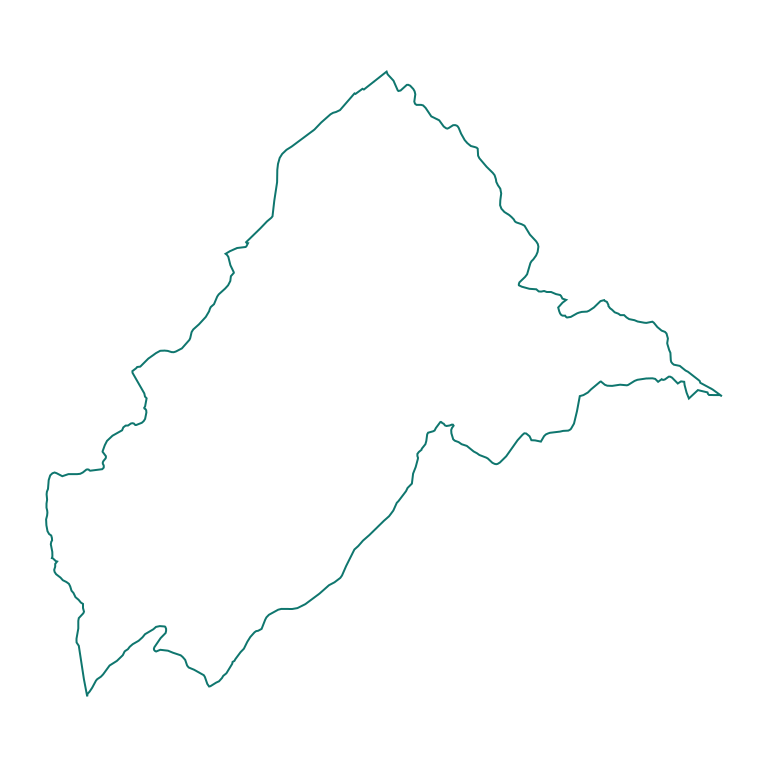 Cucunubá, Cundinamarca, Colombia
{"feature_id": "7082276B75127006220699", "entity_name": "Cucunubá", "entity_type": "district", "adm_level": 2, "iso_a3": "COL", "parent_name": "Colombia", "parent_adm1": "Cundinamarca", "projection": "robinson", "projection_center": [-73.78, 5.231], "detail": "fine", "context": "isolated", "style": "outline", "palette": "teal", "viewbox_px": 768, "rotation_deg": 0, "n_neighbors": 0, "source": "geoboundaries", "source_scale": "gbopen_adm2", "svg_char_len": 6038}
<svg xmlns="http://www.w3.org/2000/svg" viewBox="0 0 768 768"><path d="M386.6,71.6L363.9,89.5L362.5,88.8L355.5,93.9L354.5,93.4L340.0,110.1L336.0,112.0L333.1,112.8L330.5,114.3L321.2,122.5L314.4,129.6L291.6,146.6L286.5,149.8L282.2,153.9L279.7,157.9L278.0,163.9L277.3,169.9L277.1,182.2L274.3,200.6L272.5,216.3L271.3,217.8L267.0,221.4L260.3,228.4L246.1,242.2L246.7,243.0L248.0,243.2L246.4,246.3L245.6,247.0L237.1,248.0L229.9,251.2L225.6,253.8L227.0,254.9L228.3,256.8L230.4,265.2L233.8,272.3L233.8,272.9L230.9,276.2L230.3,281.0L228.1,285.3L225.1,288.6L218.7,294.4L217.2,296.6L214.0,304.2L210.8,307.0L209.9,308.8L209.1,311.3L205.8,316.9L199.0,324.3L193.2,329.5L191.6,332.1L190.2,338.2L189.4,339.9L181.9,348.4L175.7,351.6L173.7,352.2L171.6,352.1L167.7,350.9L164.6,350.6L160.2,350.8L156.0,353.1L148.3,358.6L140.3,366.6L137.2,367.0L136.2,368.2L132.4,371.1L132.5,372.8L144.3,393.4L145.0,396.6L146.6,398.3L145.1,406.4L144.2,407.9L144.6,408.7L145.4,409.0L146.2,410.3L146.4,412.5L145.1,418.9L143.7,421.1L141.8,422.8L136.2,425.0L135.3,425.0L133.8,423.5L132.5,423.2L130.9,423.5L128.1,425.5L125.6,425.6L123.3,427.4L122.1,430.3L112.5,435.7L107.0,440.9L104.8,445.2L102.6,451.3L102.6,451.8L105.9,456.2L105.9,457.4L105.6,458.4L103.5,460.9L102.8,462.3L102.8,463.7L103.7,465.4L103.8,467.1L103.6,467.8L102.2,469.2L90.3,470.7L89.6,470.5L88.7,469.6L87.5,469.4L86.4,469.6L82.8,472.5L80.2,473.8L77.4,474.1L68.5,474.1L62.3,476.2L56.6,473.2L54.6,472.5L52.4,473.3L50.2,475.4L48.7,480.1L48.0,488.9L46.9,491.7L46.6,494.3L47.1,499.7L46.5,503.6L46.5,507.7L47.2,510.6L47.4,512.7L47.1,515.5L46.1,519.4L46.4,525.3L47.5,531.2L49.1,534.0L51.2,535.5L51.9,537.9L52.1,540.4L51.3,541.7L50.8,544.2L52.3,551.9L52.4,556.2L51.9,558.1L52.7,558.2L55.8,561.1L57.1,561.5L55.2,563.9L55.2,566.6L54.2,569.9L54.6,571.9L56.1,574.2L60.5,577.6L62.8,580.2L66.4,582.0L68.9,583.8L70.2,586.4L71.5,590.7L73.5,593.0L75.5,597.2L78.6,599.8L80.9,602.6L83.0,603.9L83.0,608.0L84.0,611.7L83.3,613.3L78.8,618.1L78.3,620.9L78.3,628.5L76.5,638.7L76.5,640.4L76.6,642.5L78.8,645.8L83.9,679.1L87.2,696.4L87.5,693.9L89.6,691.6L92.2,687.7L96.0,680.6L97.2,679.2L100.9,676.7L103.1,674.4L109.6,665.5L116.9,660.9L122.8,655.2L124.6,651.5L125.3,650.9L127.9,649.2L129.7,646.8L132.7,644.2L138.6,640.8L142.5,637.3L145.0,634.2L153.3,629.3L156.0,626.9L159.8,626.1L164.8,626.5L165.3,626.9L166.1,628.8L166.1,630.9L165.6,633.0L160.6,638.1L154.4,647.2L153.9,648.6L154.0,649.7L154.8,650.8L156.1,651.5L160.3,649.8L168.0,650.7L172.9,652.7L180.7,655.3L182.7,657.0L185.2,659.9L187.1,665.5L188.7,667.5L194.0,669.7L203.8,675.2L204.9,677.0L207.3,683.9L209.1,686.5L210.4,686.2L216.2,682.6L219.0,681.3L222.0,678.0L223.2,675.9L226.4,673.3L232.2,663.8L232.6,661.9L234.4,660.9L235.4,659.1L240.6,652.1L243.9,648.7L247.3,641.8L250.3,637.0L254.5,632.3L256.2,631.1L258.1,630.8L261.6,628.9L265.2,619.7L266.4,617.4L268.9,614.8L278.2,609.7L281.4,608.9L292.2,609.0L297.4,608.1L305.4,604.1L319.5,593.6L329.0,585.2L334.5,582.3L340.3,577.9L342.0,575.5L346.1,566.1L354.4,549.5L358.3,546.0L363.0,540.6L369.3,535.1L383.9,520.8L389.1,516.2L393.3,510.6L396.8,502.8L398.4,501.2L406.0,491.2L407.6,487.9L411.9,483.6L413.1,473.6L415.7,467.0L417.9,458.8L418.0,457.8L417.4,456.0L417.4,453.9L418.8,452.0L421.5,449.8L421.8,448.7L425.4,444.2L426.3,441.0L427.2,434.3L428.1,432.7L433.1,431.3L434.6,430.5L435.9,428.0L440.3,422.1L440.9,421.9L441.6,422.3L442.3,423.1L443.7,423.7L444.9,425.4L446.5,426.0L449.6,425.5L451.9,424.6L453.0,424.7L453.6,425.7L452.0,427.9L451.2,430.0L451.4,433.3L453.2,439.3L454.8,440.7L458.6,442.1L461.6,444.2L466.8,445.9L473.7,451.5L476.9,453.2L479.4,455.0L486.2,457.6L487.8,458.5L492.4,462.8L494.7,463.9L496.2,464.2L497.6,463.9L499.9,462.5L506.2,456.3L517.6,440.2L522.5,434.8L524.3,433.3L526.2,433.5L529.6,436.3L531.4,440.2L535.1,440.4L540.9,441.6L544.1,436.1L545.9,434.4L547.9,433.5L549.9,432.8L560.0,431.6L563.1,430.9L568.4,430.6L570.3,429.5L571.0,428.8L574.0,423.6L577.0,411.1L579.8,396.1L583.4,395.1L587.9,392.5L591.0,389.4L600.1,381.8L600.9,381.5L604.9,384.8L607.3,385.7L612.1,385.9L620.1,384.7L626.9,385.3L628.2,384.9L634.6,380.9L637.4,379.8L646.1,378.5L652.4,378.3L655.2,378.9L658.1,381.8L661.7,379.2L662.0,379.6L663.3,379.9L664.8,379.5L668.7,376.7L670.2,376.7L672.0,377.6L677.8,383.5L681.0,381.4L684.2,381.8L684.6,385.1L686.6,392.7L688.9,398.5L697.9,390.1L707.5,392.4L708.0,393.9L709.1,395.0L719.9,395.1L721.9,396.2L712.5,389.4L700.3,382.8L699.7,381.0L698.4,379.9L688.0,371.8L685.5,370.5L679.8,365.9L673.9,364.7L672.4,363.5L671.2,361.9L670.8,360.2L670.4,352.8L669.2,350.1L667.5,344.5L667.2,343.2L667.9,338.5L666.5,333.5L665.0,331.9L661.6,330.6L657.3,327.0L653.8,322.7L652.4,321.7L646.4,322.9L644.2,322.7L637.6,321.5L634.5,320.2L629.1,319.1L626.5,317.4L624.1,315.1L620.3,315.1L618.4,313.7L614.7,312.3L611.9,309.6L610.1,308.3L608.4,306.0L608.4,304.9L606.9,301.9L604.6,300.8L604.2,300.1L600.5,301.1L593.9,307.5L589.1,310.7L587.0,311.6L581.8,311.9L579.1,312.6L577.2,313.3L570.8,316.9L567.0,317.5L565.8,316.7L565.2,315.7L562.8,315.7L561.4,315.1L560.1,313.5L559.2,311.2L558.2,307.5L562.5,302.7L566.2,299.9L562.4,298.6L561.1,296.0L560.1,295.0L556.0,294.1L551.1,292.0L546.8,292.0L544.1,291.0L541.1,291.6L538.7,291.4L536.3,289.3L529.4,288.8L521.8,286.7L518.9,285.3L518.8,284.2L519.4,282.4L525.0,277.0L527.1,274.3L530.4,263.1L531.5,261.2L533.3,259.4L536.1,255.5L537.6,252.0L538.4,246.7L537.8,244.0L536.2,241.4L529.9,234.6L524.5,225.7L521.6,224.2L516.3,222.4L514.9,221.4L513.8,219.4L511.6,217.1L509.3,215.1L504.4,212.0L501.4,208.7L500.1,205.2L500.3,200.4L501.2,193.5L500.3,188.7L497.9,185.2L496.3,181.9L495.9,179.2L494.6,175.2L492.8,172.9L486.6,166.8L479.4,158.3L478.1,155.7L477.7,148.7L476.7,147.7L475.0,147.1L470.8,146.0L467.4,143.2L464.7,140.1L461.1,133.7L458.7,127.9L457.7,126.4L456.7,125.6L455.1,125.1L453.1,125.2L448.6,128.1L447.3,128.6L446.0,128.2L443.7,126.5L439.2,120.3L431.3,116.4L425.6,107.9L423.1,105.4L421.2,104.9L416.5,104.9L415.0,103.7L414.3,101.6L415.3,94.3L414.6,91.3L413.3,89.0L410.2,85.7L408.2,84.8L406.8,84.9L400.6,90.5L398.4,91.0L397.7,90.3L393.5,80.7L387.6,74.3L386.6,71.6Z" fill="none" stroke="#0f766e" stroke-width="2"/></svg>